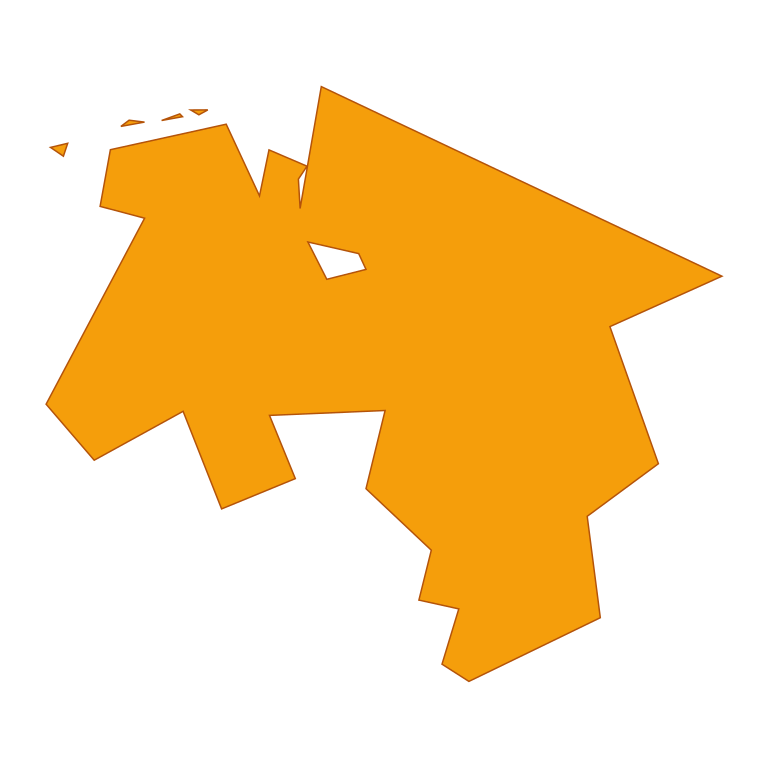 the State of Niedersachsen
{"feature_id": "DEU-1576", "entity_name": "Niedersachsen", "entity_type": "State", "adm_level": 1, "iso_a3": "DEU", "parent_name": "Germany", "parent_adm1": "", "projection": "albers", "projection_center": [9.302, 52.591], "detail": "coarse", "context": "isolated", "style": "filled", "palette": "amber", "viewbox_px": 768, "rotation_deg": 0, "n_neighbors": 0, "source": "natural_earth", "source_scale": "10m", "svg_char_len": 729}
<svg xmlns="http://www.w3.org/2000/svg" viewBox="0 0 768 768"><path d="M46.1,404.2L144.6,218.2L100.1,206.4L110.4,149.7L226.2,124.2L259.5,195.9L269.0,149.9L307.0,166.2L298.4,179.1L300.1,208.5L321.3,86.6L721.9,276.2L609.9,326.6L658.4,463.7L587.2,516.3L600.3,617.7L468.9,681.4L442.0,664.2L458.8,608.9L418.9,600.1L431.3,550.2L366.0,488.7L385.1,410.5L269.5,415.4L295.3,478.6L221.6,508.9L183.1,411.3L94.2,460.2L46.1,404.2ZM307.9,242.0L326.8,279.3L366.0,269.4L358.7,253.6L307.9,242.0ZM120.9,126.4L129.1,120.2L144.5,122.1L120.9,126.4ZM67.7,143.3L63.4,156.2L50.5,147.4L67.7,143.3ZM161.6,120.5L179.8,113.9L182.5,116.7L161.6,120.5ZM198.9,114.8L190.7,110.0L207.8,109.9L198.9,114.8Z" fill="#f59e0b" stroke="#b45309" stroke-width="1.5"/></svg>